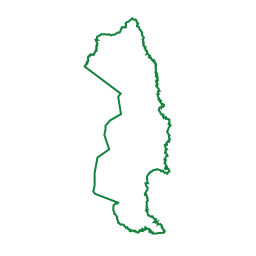 outline of Wassa Amenfi Central, Western, Ghana, rotated 353°
{"feature_id": "2480657B10255028610816", "entity_name": "Wassa Amenfi Central", "entity_type": "district", "adm_level": 2, "iso_a3": "GHA", "parent_name": "Ghana", "parent_adm1": "Western", "projection": "orthographic", "projection_center": [-2.243, 5.739], "detail": "fine", "context": "isolated", "style": "outline", "palette": "green", "viewbox_px": 256, "rotation_deg": 353, "n_neighbors": 0, "source": "geoboundaries", "source_scale": "gbopen_adm2", "svg_char_len": 5920}
<svg xmlns="http://www.w3.org/2000/svg" viewBox="0 0 256 256"><g transform="rotate(353 128 128)"><path d="M109.0,223.0L109.6,222.8L110.0,223.1L111.3,223.2L112.0,223.6L112.3,224.6L113.6,225.9L113.6,226.7L114.3,226.4L115.2,226.5L115.3,227.4L115.8,227.8L115.8,228.4L117.3,229.0L117.0,229.9L117.1,230.4L118.1,230.9L118.9,230.0L119.6,230.5L121.1,230.5L121.3,231.1L121.9,231.4L121.7,230.9L122.7,230.9L123.9,232.5L124.8,232.4L124.6,232.0L125.5,233.1L126.7,232.0L126.8,231.2L127.6,230.8L128.5,231.8L129.7,232.0L129.3,230.8L129.8,229.8L131.5,231.3L133.1,230.8L132.7,229.3L133.1,228.6L134.0,229.6L135.7,230.8L136.3,230.7L137.4,231.4L137.6,232.2L136.9,232.4L136.5,233.4L136.8,234.1L137.6,234.0L138.5,233.4L139.1,235.1L139.4,234.7L140.0,234.7L140.1,235.7L142.5,236.2L145.5,236.0L151.0,236.3L151.7,235.3L151.5,235.1L151.7,234.8L150.9,234.3L151.3,233.4L149.9,232.1L150.0,230.5L149.4,230.5L149.6,229.4L150.2,229.4L149.3,229.0L149.3,228.2L148.5,227.9L148.3,227.3L147.1,227.5L146.1,226.4L145.9,226.6L146.0,226.2L144.8,225.3L145.4,224.6L143.6,225.2L143.3,224.7L142.5,224.6L143.7,223.8L143.8,223.1L144.5,222.6L144.8,221.9L143.7,221.6L143.4,221.9L142.0,220.0L141.6,218.7L140.8,218.5L140.1,219.0L138.5,217.8L138.4,217.3L137.4,217.2L136.9,214.1L137.1,213.0L136.3,212.9L135.9,212.2L137.0,212.0L137.6,211.4L136.5,210.8L136.4,209.9L137.1,209.6L137.4,208.9L136.8,207.7L137.5,206.4L137.3,204.7L137.6,203.2L138.6,202.9L139.0,201.9L138.8,200.9L138.3,200.2L138.8,199.4L138.4,198.7L138.2,196.8L136.9,196.6L137.7,195.5L136.9,195.0L139.9,191.3L140.1,189.4L140.0,188.9L139.1,188.2L138.6,185.0L141.1,185.3L140.6,183.9L140.6,181.8L140.9,181.3L140.5,180.5L141.0,179.6L141.0,178.5L143.3,175.5L143.7,175.5L144.0,175.0L144.8,175.0L145.2,174.0L146.5,174.0L147.4,173.2L148.8,172.8L150.4,172.9L151.8,172.3L152.2,172.8L154.8,173.6L155.7,175.1L156.4,175.2L157.1,174.5L157.7,174.6L158.8,177.0L159.9,176.9L161.3,178.2L161.9,177.4L161.9,177.0L162.5,176.9L163.8,176.1L163.6,174.4L162.8,173.3L160.4,173.5L159.8,172.7L160.3,171.6L162.0,171.7L161.7,170.5L161.1,170.2L160.8,167.8L160.0,167.3L160.9,166.2L161.5,164.6L160.4,164.5L160.3,163.5L160.9,163.3L162.0,161.1L162.9,160.6L163.8,160.6L163.9,159.7L162.7,158.2L162.6,157.7L161.9,157.3L162.4,156.8L162.0,156.5L162.8,155.3L162.5,154.9L162.6,154.4L163.3,153.8L163.9,153.8L162.9,152.2L162.4,149.4L163.2,149.2L164.6,149.5L164.5,148.1L164.2,147.8L164.4,147.2L165.1,147.1L165.6,146.7L166.2,146.8L166.1,146.2L167.2,146.2L167.0,145.1L168.0,144.8L168.2,144.4L167.8,144.1L168.1,143.8L167.4,142.1L168.0,140.6L168.3,140.4L167.3,139.2L167.3,138.5L166.3,136.4L167.3,135.2L168.5,132.5L170.0,131.3L169.9,130.3L170.2,130.2L168.7,129.3L169.1,128.4L170.0,127.9L169.7,127.1L170.0,124.9L169.4,124.2L168.2,124.0L167.5,123.3L166.8,123.4L167.1,121.9L166.7,121.8L164.8,122.5L164.7,121.6L164.0,121.1L164.3,120.1L165.0,119.6L164.9,119.2L164.5,118.8L163.7,119.3L162.8,118.6L161.9,116.9L162.1,116.3L160.6,114.0L161.5,112.1L162.3,111.4L163.2,111.5L163.4,112.1L164.2,110.5L164.7,111.3L165.5,111.1L166.2,110.8L166.5,109.7L166.3,109.0L164.9,108.2L164.3,108.3L163.5,106.5L164.0,105.3L163.1,105.2L163.1,104.5L162.8,104.7L162.8,104.3L162.2,104.0L162.2,103.4L161.7,102.9L161.8,102.4L162.4,102.3L161.7,100.6L161.8,98.4L161.3,98.1L162.0,97.6L162.3,97.8L162.0,97.9L162.2,98.2L162.6,97.7L162.0,95.7L162.7,95.2L163.7,95.0L163.0,94.2L163.3,93.1L161.8,90.7L162.0,90.3L161.2,90.1L161.1,89.8L161.6,88.6L162.0,88.9L162.1,88.4L162.8,88.0L162.6,87.4L161.7,86.6L161.7,85.6L162.0,86.0L162.4,85.5L161.9,85.2L162.0,84.6L162.3,84.3L163.4,84.5L163.5,84.1L163.1,83.6L163.4,82.8L162.9,81.4L163.3,81.2L162.4,80.7L162.9,80.4L162.7,79.9L163.5,79.2L163.2,78.6L162.7,78.6L163.5,77.4L163.2,77.1L162.3,77.5L162.0,76.1L162.3,76.1L162.7,75.1L162.6,73.8L163.2,72.8L162.7,72.0L162.6,71.3L163.2,70.7L162.9,69.9L163.1,69.5L164.1,69.8L163.1,68.8L163.6,68.2L163.5,67.7L163.0,67.9L162.4,66.5L162.7,66.0L162.6,65.0L162.2,65.0L162.0,65.5L161.4,65.1L161.8,64.7L161.3,64.5L161.3,64.0L161.7,63.8L161.7,63.4L161.4,63.3L161.2,63.6L160.0,63.3L159.2,60.9L158.8,61.1L158.6,60.7L158.5,60.9L157.6,60.5L158.2,60.0L158.6,58.9L157.9,58.7L157.7,58.9L157.0,57.1L155.9,56.7L155.5,56.8L156.3,55.5L156.3,54.8L155.9,54.3L156.2,54.1L155.6,53.0L155.0,53.0L155.0,51.6L154.3,51.0L154.9,50.2L154.6,50.2L154.4,49.1L154.1,49.0L154.3,48.8L153.3,47.3L153.9,46.2L153.2,45.4L153.3,44.8L154.0,44.4L153.3,41.6L154.2,41.3L154.8,40.2L153.4,38.2L153.6,37.6L153.3,37.3L153.4,36.2L153.7,35.5L153.2,35.2L153.2,33.8L152.7,33.5L152.4,32.3L151.4,31.5L151.5,30.5L151.2,29.2L149.3,28.2L149.3,27.4L150.8,25.8L149.8,24.7L150.1,24.3L149.6,23.7L149.3,21.9L148.6,21.9L148.5,21.3L146.5,21.0L145.5,19.7L142.1,22.2L140.6,22.8L139.6,22.8L138.5,23.5L138.3,24.0L138.7,24.3L138.6,25.8L138.0,26.3L138.2,27.7L135.4,27.6L134.5,27.1L134.2,27.2L133.8,28.6L133.0,29.1L132.2,31.0L131.2,32.3L129.4,31.9L126.0,33.8L124.4,33.5L122.6,34.0L121.8,33.8L120.6,32.6L118.9,32.8L115.9,32.0L114.5,32.1L112.8,31.5L111.0,32.9L110.6,32.8L108.9,33.7L108.5,33.6L107.9,35.0L108.2,35.6L108.1,36.5L107.7,36.5L108.4,37.0L107.2,37.1L106.8,37.5L107.2,37.9L107.2,38.6L107.6,38.9L107.9,40.4L107.6,41.3L107.3,41.4L107.6,42.2L107.2,42.9L106.7,42.6L106.3,43.3L106.5,44.8L106.3,45.0L106.7,45.4L106.3,46.5L105.7,46.8L106.1,47.2L106.1,47.7L105.3,47.7L104.8,48.1L104.2,48.8L104.1,49.6L103.2,50.1L103.1,50.8L102.8,50.8L102.6,51.3L101.3,50.8L100.4,51.0L100.4,50.7L99.8,50.8L99.7,50.5L99.2,50.8L99.1,51.5L98.7,51.5L98.5,52.1L97.9,51.7L97.3,52.1L96.6,54.1L96.9,55.0L96.7,56.8L96.3,57.2L95.4,57.0L95.1,57.4L95.7,58.4L95.4,59.1L94.8,59.2L94.5,59.9L93.7,59.8L93.4,61.1L92.8,61.3L92.9,61.7L92.6,61.9L124.9,92.9L122.1,95.8L122.7,113.4L110.9,118.4L105.8,123.2L105.6,126.4L103.7,131.9L106.7,146.9L94.1,153.6L89.4,168.5L87.8,181.3L85.8,186.7L87.4,189.4L109.1,200.9L108.1,201.8L106.6,201.3L104.5,202.7L104.2,203.1L103.4,207.2L104.1,210.6L104.0,211.6L104.7,211.9L106.5,215.4L105.9,216.4L106.8,218.8L106.6,220.7L107.6,221.0L108.1,222.3L109.0,223.0Z" fill="none" stroke="#15803d" stroke-width="2"/></g></svg>